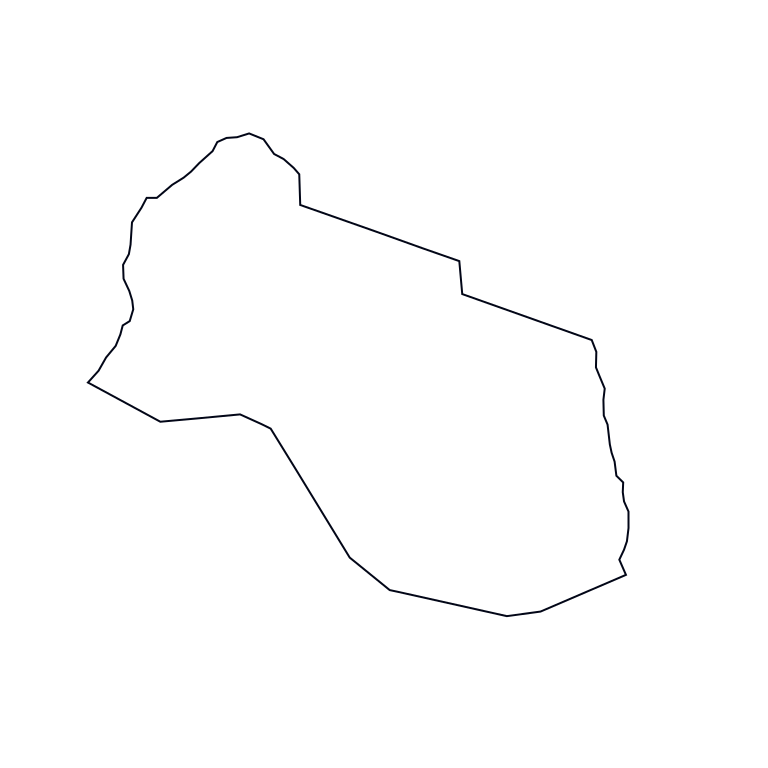 Diamante do Norte, Paraná, Brazil (orthographic projection), rotated 199°
{"feature_id": "56859067B42644323100321", "entity_name": "Diamante do Norte", "entity_type": "district", "adm_level": 2, "iso_a3": "BRA", "parent_name": "Brazil", "parent_adm1": "Paraná", "projection": "orthographic", "projection_center": [-52.879, -22.637], "detail": "fine", "context": "isolated", "style": "outline", "palette": "ink", "viewbox_px": 768, "rotation_deg": 199, "n_neighbors": 0, "source": "geoboundaries", "source_scale": "gbopen_adm2", "svg_char_len": 1004}
<svg xmlns="http://www.w3.org/2000/svg" viewBox="0 0 768 768"><g transform="rotate(199 384 384)"><path d="M93.1,282.3L104.3,294.5L103.1,305.5L103.1,314.4L105.9,327.4L111.3,343.0L118.8,351.1L123.0,359.4L125.8,368.8L134.4,372.9L140.7,385.7L146.4,393.1L150.8,400.4L159.4,418.4L165.9,425.7L171.4,440.5L173.8,451.5L182.7,461.5L189.0,468.7L193.7,483.5L201.9,493.2L339.3,494.5L352.8,524.7L391.8,524.9L442.5,525.5L521.5,526.0L532.4,554.7L539.7,558.9L552.1,564.0L562.8,565.7L577.6,576.2L593.1,577.0L603.3,569.5L613.0,565.4L620.4,558.5L621.9,548.4L630.6,532.8L635.6,522.0L640.6,513.9L649.1,503.4L659.4,486.0L669.0,482.7L670.7,471.7L674.9,454.8L669.0,433.2L667.5,423.7L669.5,411.7L664.5,398.7L655.1,389.0L649.2,380.9L645.4,373.0L644.9,360.7L650.1,354.3L649.4,345.1L650.1,332.7L655.4,318.6L658.2,303.6L664.4,289.0L583.2,275.5L549.5,290.6L510.2,308.4L486.8,306.2L476.6,304.9L440.1,275.0L359.9,208.7L311.5,191.0L303.3,192.0L192.3,204.5L161.9,219.8L93.1,282.3Z" fill="none" stroke="#020617" stroke-width="2"/></g></svg>